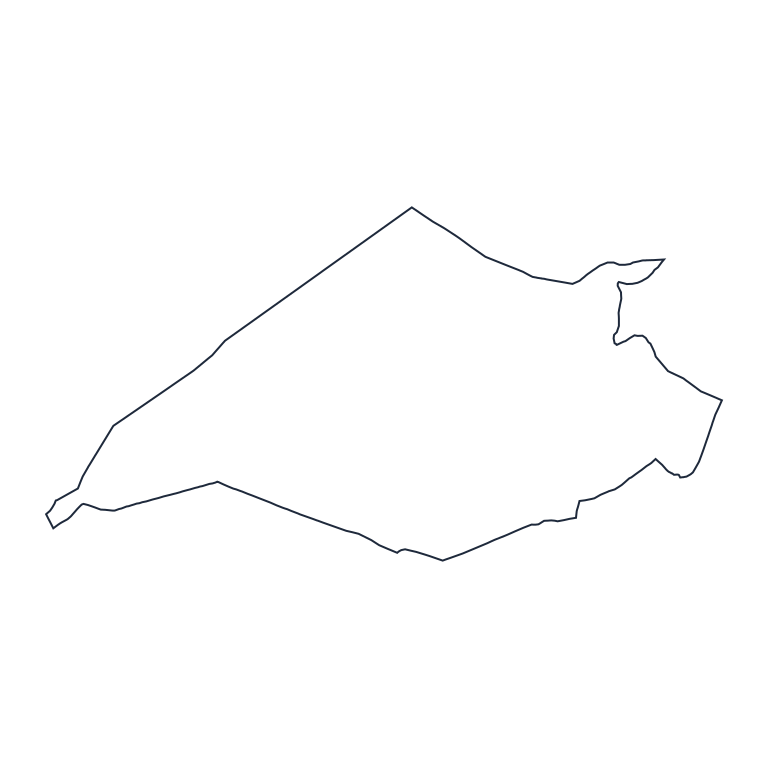 Hulu Sungai Utara, Kalimantan Selatan, Indonesia
{"feature_id": "22746128B21492383155838", "entity_name": "Hulu Sungai Utara", "entity_type": "district", "adm_level": 2, "iso_a3": "IDN", "parent_name": "Indonesia", "parent_adm1": "Kalimantan Selatan", "projection": "robinson", "projection_center": [115.192, -2.43], "detail": "fine", "context": "isolated", "style": "outline", "palette": "slate", "viewbox_px": 768, "rotation_deg": 0, "n_neighbors": 0, "source": "geoboundaries", "source_scale": "gbopen_adm2", "svg_char_len": 5347}
<svg xmlns="http://www.w3.org/2000/svg" viewBox="0 0 768 768"><path d="M664.0,259.5L653.7,260.1L646.0,260.3L645.9,260.4L645.4,260.4L643.0,260.4L641.8,260.6L638.7,261.4L633.0,262.5L630.3,264.0L629.6,264.1L625.0,264.8L624.3,264.8L623.8,264.8L623.0,264.8L619.8,264.8L619.5,264.8L618.8,264.6L618.3,264.4L617.7,264.1L617.3,264.0L615.7,263.3L613.6,262.5L610.1,262.5L607.6,262.5L605.9,263.2L602.7,264.5L599.9,265.6L598.4,266.6L595.9,268.4L594.1,269.6L593.0,270.3L590.5,272.1L590.4,272.2L589.8,272.6L587.9,273.9L586.1,275.3L584.9,276.4L583.6,277.5L581.9,278.8L581.5,279.2L580.5,280.0L579.6,280.8L578.9,281.1L577.3,281.8L574.8,282.9L572.9,283.7L572.8,283.8L572.4,283.9L572.0,283.8L568.5,283.2L565.2,282.6L558.8,281.5L547.2,279.5L546.2,279.3L544.3,278.8L542.3,278.6L542.0,278.6L541.9,278.6L541.6,278.5L541.5,278.4L541.4,278.4L541.2,278.4L537.3,277.8L536.8,277.7L536.6,277.6L532.6,276.9L530.2,275.7L527.2,274.1L523.0,271.8L519.5,270.4L519.1,270.2L508.4,266.0L505.1,264.7L485.4,256.8L471.3,247.0L471.2,246.9L459.5,238.3L456.6,236.3L447.0,230.0L446.7,229.8L444.2,228.2L435.9,223.4L432.8,221.6L423.7,215.5L419.6,212.7L418.3,211.8L411.8,207.4L392.9,220.9L378.9,230.9L360.0,244.4L322.7,271.0L320.1,272.9L228.3,338.4L225.9,340.1L225.1,340.7L224.9,340.8L224.1,341.8L223.6,342.3L215.5,351.5L212.2,355.3L208.1,358.6L193.6,370.6L174.3,383.9L164.5,390.7L160.0,393.8L158.1,395.1L113.4,425.8L112.8,426.7L96.0,454.2L94.9,455.9L94.7,456.3L89.7,464.5L88.1,467.0L88.0,467.3L87.9,467.5L82.7,476.5L80.4,482.1L77.9,488.5L57.2,500.1L55.8,500.5L54.8,502.9L54.7,503.4L52.3,507.5L50.3,510.4L49.9,510.9L46.3,514.0L46.1,514.2L46.9,515.8L47.5,517.0L47.7,517.3L48.0,518.0L50.3,522.4L53.3,528.3L58.4,524.5L58.6,524.4L59.2,524.0L59.4,523.8L61.7,522.4L66.7,519.7L67.8,519.0L70.7,516.5L71.8,515.3L72.2,514.8L75.2,511.4L77.0,509.3L79.1,507.1L79.9,506.3L80.5,505.7L81.2,505.0L81.4,504.9L81.8,504.5L83.5,503.9L87.9,505.0L91.4,506.2L95.1,507.5L98.8,508.9L100.8,509.6L105.1,509.8L110.6,510.4L112.8,510.6L114.4,510.6L115.3,510.4L116.1,510.1L119.1,509.0L121.4,508.5L124.0,507.5L126.5,506.5L128.6,506.2L131.0,505.4L134.3,504.4L136.6,503.6L139.4,503.2L142.3,502.2L146.3,501.4L152.6,499.5L158.5,498.0L163.7,496.4L170.3,494.8L174.1,493.8L175.9,493.4L179.8,492.3L182.5,491.4L187.3,490.1L190.1,489.4L191.4,489.0L195.1,487.9L198.1,487.2L199.8,486.6L202.4,486.1L205.6,485.1L209.4,483.9L212.7,483.4L213.3,483.2L214.2,482.9L215.0,482.7L215.5,482.5L216.7,482.0L217.0,481.8L217.2,481.7L217.6,482.0L218.3,482.0L223.2,484.3L228.2,486.5L233.3,488.6L236.2,489.4L240.2,490.9L242.0,491.5L247.6,493.8L252.2,495.5L260.1,498.6L270.4,502.6L276.5,505.3L280.1,506.7L282.6,507.7L284.9,508.5L287.2,509.2L291.2,510.9L296.7,513.0L297.8,513.4L299.8,514.3L313.4,519.1L317.1,520.5L317.6,520.6L323.0,522.6L346.2,530.8L352.7,532.3L358.6,533.8L371.3,540.1L379.2,545.2L388.3,549.1L391.0,550.2L391.2,550.3L396.7,552.6L397.2,552.8L397.6,552.4L398.8,551.5L399.1,551.3L399.2,551.2L401.3,550.1L403.6,549.6L405.1,549.3L410.5,550.6L416.2,551.9L425.3,554.7L429.4,556.0L437.2,558.7L442.4,560.5L442.7,560.6L445.4,559.6L450.9,557.7L462.7,553.5L478.7,546.8L487.3,543.2L490.3,541.8L490.5,541.7L494.7,539.8L504.6,535.9L507.7,534.6L514.9,531.4L523.3,527.8L531.5,524.6L535.3,524.7L538.5,524.3L540.3,523.2L542.0,522.1L544.1,520.8L548.6,520.6L549.6,520.5L551.3,520.4L554.7,520.7L557.6,521.3L564.0,520.1L569.8,518.8L574.2,518.1L576.0,517.8L576.3,514.9L576.7,511.2L577.1,509.6L577.9,507.1L578.5,504.9L579.5,501.0L585.0,500.3L591.4,499.0L594.4,498.3L597.2,496.7L600.5,494.8L603.8,493.4L607.9,491.7L608.6,491.3L614.8,489.4L619.4,486.5L621.8,484.9L624.7,482.4L629.3,478.3L631.3,477.4L633.5,475.8L635.5,474.3L637.3,473.0L639.8,471.2L641.4,470.1L642.3,469.4L646.5,466.1L649.4,464.3L651.3,463.0L652.8,461.6L655.6,459.0L657.9,461.1L662.2,464.9L662.7,465.5L665.1,468.2L665.9,469.2L667.3,470.6L667.7,471.0L669.1,472.0L670.5,472.6L671.0,472.9L671.4,473.3L671.9,473.3L672.2,473.4L674.0,474.8L675.4,474.7L676.4,474.6L678.0,474.6L678.8,475.0L679.0,475.1L679.5,476.2L680.2,477.5L682.0,477.3L682.7,477.2L683.5,477.2L684.1,477.0L686.5,476.6L687.8,475.9L688.1,475.7L689.6,474.9L690.4,474.4L691.0,474.0L691.7,473.4L692.9,472.4L695.3,468.3L697.9,463.7L699.0,461.7L700.1,458.8L700.1,458.7L701.0,456.4L703.6,449.2L706.2,441.6L708.3,435.6L708.7,434.3L709.6,431.6L711.4,426.4L712.0,424.6L712.1,424.2L712.6,422.5L713.2,420.9L715.3,414.7L718.7,407.5L721.9,400.3L720.9,399.9L714.0,396.9L704.8,393.0L703.6,392.5L700.9,391.4L695.0,387.0L690.4,383.6L687.8,381.7L686.5,380.8L684.7,379.4L683.4,378.4L668.1,371.2L655.7,356.6L654.4,352.1L652.8,348.6L650.4,343.6L648.5,342.3L648.4,342.1L645.8,338.0L642.5,335.7L637.6,335.9L634.5,335.3L629.8,338.1L625.5,341.1L623.5,341.7L616.8,344.9L616.6,344.9L616.4,344.4L616.2,344.1L615.6,343.8L615.1,343.5L614.6,343.3L613.6,338.4L613.7,337.9L613.9,336.0L614.1,334.8L616.8,332.2L618.9,326.0L618.9,324.2L618.9,321.3L618.9,318.6L618.8,316.0L618.7,314.5L618.6,313.0L618.7,312.2L618.9,311.1L619.0,310.5L619.1,309.5L619.7,306.8L619.9,305.4L620.9,300.7L621.1,299.8L621.2,299.2L621.3,298.6L621.1,295.4L621.0,292.3L617.7,285.8L617.7,285.7L617.8,283.4L618.4,282.5L618.8,282.0L620.0,282.3L621.9,282.8L622.7,283.0L623.1,283.1L626.9,284.1L628.2,284.0L630.4,283.9L632.0,283.9L637.6,282.8L641.8,281.0L643.8,279.8L646.2,278.5L647.9,277.4L652.7,272.7L652.8,272.5L654.5,269.9L657.9,267.4L661.9,262.0L664.0,259.5Z" fill="none" stroke="#1e293b" stroke-width="2"/></svg>